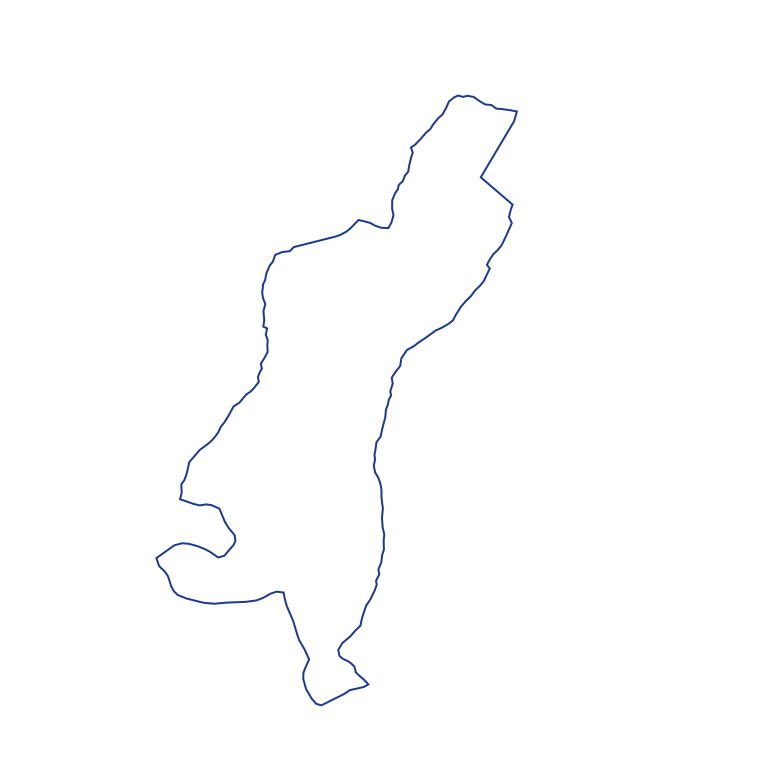 Ivaté, Paraná, Brazil (orthographic projection), rotated 216°
{"feature_id": "56859067B17675681137034", "entity_name": "Ivaté", "entity_type": "district", "adm_level": 2, "iso_a3": "BRA", "parent_name": "Brazil", "parent_adm1": "Paraná", "projection": "orthographic", "projection_center": [-53.427, -23.376], "detail": "fine", "context": "isolated", "style": "outline", "palette": "blue", "viewbox_px": 768, "rotation_deg": 216, "n_neighbors": 0, "source": "geoboundaries", "source_scale": "gbopen_adm2", "svg_char_len": 2928}
<svg xmlns="http://www.w3.org/2000/svg" viewBox="0 0 768 768"><g transform="rotate(216 384 384)"><path d="M481.3,170.9L467.2,175.2L461.7,177.5L457.3,181.9L452.4,184.6L443.9,186.4L431.6,178.9L424.7,176.1L415.9,173.9L412.2,170.0L411.1,165.5L412.2,151.2L416.1,146.2L426.9,145.9L433.0,144.9L439.6,143.2L448.0,140.0L453.7,136.5L458.8,130.3L462.1,120.4L465.8,109.4L459.0,104.5L451.0,103.4L445.7,101.5L437.3,95.3L432.1,92.8L426.8,92.1L417.7,94.4L404.9,99.5L400.8,101.3L392.1,106.5L383.1,114.4L367.8,126.5L360.1,133.8L356.2,139.7L352.5,147.7L348.9,152.8L342.7,156.3L337.2,151.2L332.0,147.1L318.6,139.2L305.7,129.4L302.1,126.9L292.3,122.6L282.7,117.2L280.9,108.5L279.5,103.1L276.1,98.1L267.8,91.4L257.6,87.0L251.0,85.4L245.8,87.2L233.9,110.1L231.7,116.3L222.3,126.9L220.1,131.8L226.8,133.1L232.1,133.4L237.1,134.1L242.1,138.1L248.9,138.8L255.8,137.5L260.2,137.8L264.7,142.0L265.4,150.0L262.9,160.1L262.2,167.8L261.0,174.7L263.4,179.8L265.7,186.1L268.2,194.4L268.4,201.8L270.0,210.7L271.8,217.2L274.8,220.2L275.9,227.3L279.5,230.6L281.4,238.2L285.1,244.9L286.7,249.9L292.2,257.1L295.4,262.5L301.1,267.5L306.9,274.5L311.8,282.7L316.3,287.4L320.0,291.6L323.9,297.0L328.9,301.7L333.8,305.0L339.1,307.2L344.1,311.7L346.9,317.7L350.0,321.0L352.0,325.3L355.9,332.5L355.8,339.4L358.4,345.1L361.4,352.6L363.2,357.5L367.3,364.3L368.9,370.1L370.9,374.1L371.5,378.7L374.7,382.0L377.2,389.5L381.5,393.7L381.8,401.5L381.5,408.1L385.1,415.1L385.4,425.1L382.0,432.4L380.5,437.7L377.9,444.6L375.8,450.9L373.7,457.5L370.3,463.5L367.3,470.2L365.6,475.9L366.5,481.8L367.2,491.8L366.5,499.4L365.3,506.8L365.3,513.1L364.0,520.8L363.8,526.0L364.7,530.9L366.3,539.6L370.8,540.9L371.7,547.6L371.8,553.5L370.8,558.7L370.4,565.1L372.1,574.9L375.2,589.3L381.0,592.5L383.6,598.7L385.4,604.7L427.2,608.1L433.2,673.1L436.7,682.6L443.0,679.6L450.4,675.6L455.0,672.8L461.1,672.8L466.6,669.6L473.3,669.0L480.3,668.9L485.9,666.2L488.9,662.7L493.6,660.9L495.9,656.8L497.5,650.6L496.1,644.4L495.1,636.4L496.4,630.7L496.8,623.2L496.4,617.2L497.7,612.3L498.3,604.7L499.5,595.8L501.2,591.1L496.7,588.1L495.3,583.5L491.9,575.2L489.2,570.0L489.6,565.2L488.0,559.1L489.1,553.8L487.3,549.8L487.1,544.8L485.3,537.4L480.3,530.4L475.4,526.0L473.0,519.3L472.1,512.8L477.8,508.9L484.4,506.8L489.8,506.2L495.1,504.2L501.0,501.7L502.6,490.5L503.9,485.4L506.9,479.1L509.4,475.4L537.5,441.7L538.2,436.2L544.0,430.8L547.9,424.5L545.8,417.6L546.1,412.7L544.3,404.7L541.4,398.5L540.4,393.6L536.2,386.3L532.4,382.4L527.0,378.9L524.3,372.0L518.3,365.1L515.4,359.5L511.2,360.3L508.6,354.3L504.0,351.3L500.9,346.4L497.0,341.6L496.0,334.7L495.6,328.0L491.9,324.8L491.3,319.8L490.0,315.4L486.5,312.0L486.8,304.5L487.4,299.7L489.3,294.6L490.0,283.8L492.5,277.4L491.1,266.7L490.6,259.4L490.8,253.1L489.7,247.6L489.7,241.2L490.4,235.2L492.2,229.0L494.3,222.6L495.6,206.2L493.4,201.3L490.8,195.1L489.0,188.9L489.0,183.6L483.8,177.2L481.3,170.9Z" fill="none" stroke="#1e3a8a" stroke-width="2"/></g></svg>